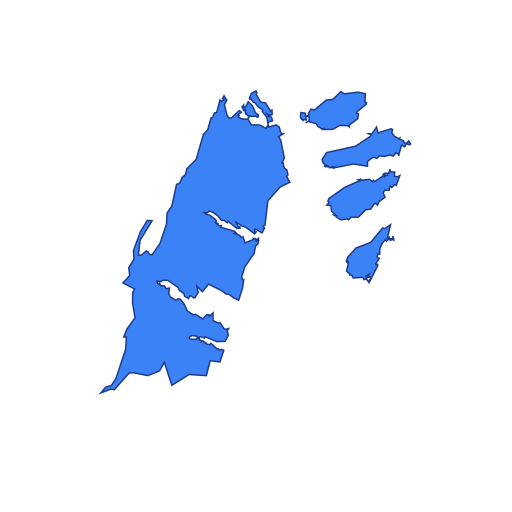 the district of Haram nor, Møre og Romsdal, Norway, rotated 119°
{"feature_id": "86288312B90203417254551", "entity_name": "Haram nor", "entity_type": "district", "adm_level": 2, "iso_a3": "NOR", "parent_name": "Norway", "parent_adm1": "Møre og Romsdal", "projection": "mercator", "projection_center": [6.407, 62.619], "detail": "fine", "context": "isolated", "style": "filled", "palette": "blue", "viewbox_px": 512, "rotation_deg": 119, "n_neighbors": 0, "source": "geoboundaries", "source_scale": "gbopen_adm2", "svg_char_len": 6130}
<svg xmlns="http://www.w3.org/2000/svg" viewBox="0 0 512 512"><g transform="rotate(119 256 256)"><path d="M366.2,236.2L354.2,238.4L354.2,240.6L356.1,242.6L355.4,244.5L356.2,245.1L354.2,253.0L356.0,253.6L357.0,256.3L356.2,257.8L356.8,257.8L356.0,261.2L356.9,261.8L356.3,261.8L356.9,264.5L355.8,265.4L356.5,266.3L355.9,267.6L358.0,268.1L360.5,272.9L360.7,274.1L359.2,275.0L356.7,273.6L354.9,269.1L355.0,266.4L353.4,265.5L352.8,261.3L351.3,261.4L349.9,248.9L345.7,241.7L339.0,241.7L335.6,244.8L332.7,244.8L334.8,246.9L335.0,249.0L331.8,254.8L332.9,256.8L333.4,262.2L326.6,266.0L331.4,267.5L330.2,268.8L331.0,270.5L336.7,272.0L336.4,280.5L338.0,282.7L337.2,289.6L332.6,296.0L330.6,301.1L331.0,303.3L333.5,304.5L333.3,311.3L330.8,314.3L326.0,316.1L328.1,318.5L326.5,321.9L328.3,325.0L326.7,327.0L327.9,327.1L327.8,328.5L325.9,330.5L324.9,327.1L322.2,325.5L320.0,321.4L321.2,309.2L323.3,306.1L323.8,300.9L325.8,298.9L325.9,294.3L323.1,294.7L322.4,292.8L322.9,290.2L321.9,289.1L315.9,288.9L311.0,293.2L313.2,285.6L303.6,283.9L303.0,269.6L303.7,263.7L302.6,261.3L303.4,255.6L303.1,249.7L290.7,252.2L282.8,255.2L283.2,256.5L281.1,258.4L270.9,260.5L254.4,258.9L247.5,261.3L244.7,260.2L241.2,261.2L239.4,262.4L240.9,263.0L241.5,261.5L242.8,263.2L241.1,264.6L241.8,267.0L242.7,266.2L249.8,271.9L245.5,276.7L247.1,278.5L245.9,280.0L246.7,285.8L245.5,284.3L244.8,287.1L248.0,301.0L246.2,301.1L247.3,302.6L247.0,305.9L246.0,305.3L246.4,307.8L244.3,307.8L243.6,309.7L242.7,316.1L243.5,318.8L243.2,322.4L241.9,319.6L239.2,318.7L238.7,314.7L239.4,309.0L241.5,303.6L240.2,300.6L240.9,297.4L239.2,297.1L241.2,286.3L239.4,283.4L238.4,284.2L238.9,286.2L236.1,289.8L236.6,283.0L235.8,278.8L237.3,267.9L234.3,267.5L236.5,268.6L232.7,269.9L232.8,261.9L227.5,262.1L226.6,264.1L224.6,263.1L201.9,272.4L184.1,268.4L175.0,262.1L171.7,267.7L169.6,267.4L165.8,270.7L165.3,274.1L161.4,277.4L161.8,278.4L156.6,278.7L142.7,290.5L140.7,294.0L135.9,291.4L136.5,292.9L135.9,294.4L132.0,298.2L131.6,302.0L137.1,307.4L135.4,309.0L139.6,309.1L139.6,316.2L143.5,323.6L140.3,329.3L143.0,335.3L143.0,338.9L141.6,338.8L141.5,340.3L137.3,338.5L137.0,341.2L147.4,344.5L148.4,346.5L146.8,349.7L139.0,357.0L133.8,357.1L131.4,361.6L134.4,361.7L134.7,359.7L137.7,361.2L137.0,363.1L149.5,360.0L151.0,361.7L156.1,361.0L157.1,362.3L169.1,359.4L175.3,360.9L200.8,355.1L213.4,358.8L219.0,357.1L222.9,358.7L229.1,358.0L231.9,360.2L253.2,353.8L261.4,354.6L271.4,349.8L291.4,346.1L305.4,347.4L306.2,350.3L304.7,352.5L304.7,354.4L311.1,356.8L312.1,359.3L298.6,365.0L275.6,364.0L277.5,368.3L290.5,368.9L310.7,365.8L317.9,361.2L328.0,361.6L334.3,357.0L344.0,359.3L343.7,346.3L347.8,346.1L357.2,341.0L368.7,331.8L382.6,333.5L390.9,332.4L389.7,330.1L400.7,324.8L431.2,319.1L439.1,319.7L443.8,324.0L451.0,325.3L442.4,318.1L441.8,315.2L419.8,310.2L417.4,306.4L413.1,292.7L403.2,284.7L393.5,284.6L409.9,266.9L392.1,257.1L384.7,241.4L369.8,245.3L366.2,236.2ZM126.3,167.6L116.0,169.2L118.2,170.7L119.1,173.7L115.3,175.4L117.3,179.4L115.0,180.8L119.5,180.1L120.5,182.4L121.5,183.8L120.2,180.7L121.9,180.2L123.3,181.8L122.1,183.9L123.2,184.4L124.0,182.8L123.2,182.3L124.4,182.0L124.5,183.8L133.2,188.1L132.8,189.8L134.4,190.0L133.9,193.8L138.7,200.6L138.3,201.5L139.3,201.3L138.9,202.5L139.7,203.5L139.5,201.5L153.1,211.8L170.4,220.1L173.1,219.8L174.0,218.0L177.1,218.8L175.5,214.9L180.0,211.9L181.4,207.2L182.1,207.8L181.8,206.3L183.0,207.7L182.0,205.8L183.0,204.8L183.1,199.0L179.4,194.3L179.3,192.5L175.9,191.7L172.6,185.4L162.5,182.5L159.3,178.4L153.5,178.0L151.9,176.9L152.7,174.4L148.5,174.7L142.2,171.6L139.1,175.3L136.0,175.4L134.0,171.5L130.4,172.6L129.8,172.0L130.3,170.5L126.3,169.4L126.3,167.6ZM83.0,175.1L81.3,178.3L84.6,179.1L85.1,181.7L83.7,182.7L84.2,187.6L83.3,187.6L84.2,188.2L84.1,193.1L82.2,197.1L79.2,197.8L79.1,199.4L89.2,209.0L84.8,213.1L93.8,213.9L93.7,214.7L94.0,216.4L94.6,217.0L93.9,213.9L95.7,213.9L111.5,222.0L131.3,244.4L139.5,245.0L142.0,242.6L142.6,239.7L144.2,239.5L144.1,237.6L143.8,239.5L142.5,238.9L142.6,236.9L144.0,236.9L142.6,236.7L143.2,234.5L141.4,233.0L141.9,232.9L141.1,231.9L141.8,231.5L141.6,231.0L141.0,231.7L139.8,230.4L140.2,230.1L141.1,230.9L141.3,230.8L128.2,215.3L123.4,202.0L119.3,204.3L114.0,202.1L112.4,200.7L112.0,197.6L108.6,196.6L106.6,191.8L102.8,188.0L102.1,184.4L98.0,183.6L98.0,180.6L97.1,180.7L99.5,179.8L88.5,182.5L88.4,178.9L84.8,178.9L84.4,175.7L83.0,175.1ZM80.2,237.4L69.4,232.9L70.0,233.5L68.2,233.8L68.6,235.4L61.0,239.0L63.3,246.2L71.5,257.7L70.9,261.4L81.7,264.7L85.6,270.2L100.4,275.8L100.4,278.3L101.1,279.1L106.0,279.3L107.8,277.5L108.1,278.6L109.6,280.3L107.2,282.0L108.7,286.3L112.9,284.5L114.3,282.6L113.8,281.1L115.2,280.4L113.6,280.5L112.6,278.1L113.2,277.5L109.7,280.2L107.9,277.5L111.9,275.2L115.5,277.0L112.0,275.1L112.6,273.6L111.0,267.6L112.5,265.1L112.9,259.9L112.0,259.0L113.0,259.1L108.1,250.3L101.2,246.1L97.7,239.2L97.8,237.1L96.9,238.2L86.7,233.6L82.2,235.1L82.3,237.5L80.2,237.4ZM175.3,143.1L172.2,145.8L174.4,145.2L176.4,147.6L175.0,148.7L176.3,149.9L163.4,153.5L169.4,156.4L170.0,158.8L188.5,162.3L200.4,172.3L212.4,175.2L216.9,174.4L217.3,173.5L216.5,173.8L216.0,173.2L217.5,171.7L225.4,169.5L226.2,165.1L227.1,164.9L226.5,162.6L228.1,160.4L222.9,152.3L224.3,150.1L223.1,149.0L223.2,147.1L220.3,150.0L217.0,148.3L220.6,148.1L218.9,145.9L220.1,144.8L224.0,145.5L224.5,144.1L205.1,144.9L204.4,145.6L205.4,147.0L204.8,147.5L198.3,147.1L198.5,149.0L197.5,150.1L194.5,150.2L194.4,148.7L189.5,151.3L183.5,151.8L178.9,150.7L179.7,149.0L177.2,148.5L177.0,145.7L175.5,145.3L175.3,143.1ZM133.0,310.3L129.8,307.1L127.2,309.6L127.0,312.2L127.7,312.4L126.2,315.3L126.0,311.9L124.3,310.5L120.6,312.8L122.2,313.7L117.5,321.8L119.1,326.7L114.6,334.1L112.8,334.4L111.6,336.0L115.8,338.8L121.3,338.3L122.0,337.1L120.9,336.5L122.8,333.0L122.3,331.7L124.3,326.8L125.1,320.9L126.5,320.6L129.6,313.6L135.3,309.1L133.0,310.3ZM133.6,323.4L134.1,322.4L133.1,321.4L131.5,322.5L130.9,326.0L126.3,332.0L124.8,337.6L130.8,337.3L131.7,338.6L129.8,340.0L132.5,340.4L134.7,336.9L133.1,336.4L136.8,334.1L136.2,333.4L137.4,331.1L136.8,329.7L140.2,329.6L136.8,329.3L133.6,323.4Z" fill="#3b82f6" stroke="#1e3a8a" stroke-width="1.5"/></g></svg>